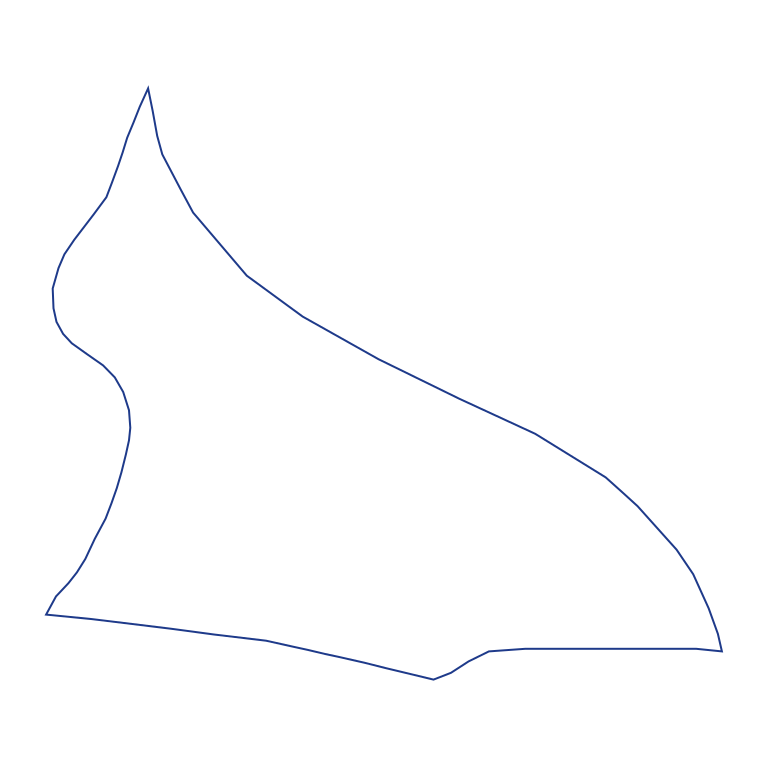 Itaparica, Brazil (Mercator projection)
{"feature_id": "56859067B29477790056969", "entity_name": "Itaparica", "entity_type": "district", "adm_level": 2, "iso_a3": "BRA", "parent_name": "Brazil", "parent_adm1": "", "projection": "mercator", "projection_center": [-38.672, -12.871], "detail": "fine", "context": "isolated", "style": "outline", "palette": "blue", "viewbox_px": 768, "rotation_deg": 0, "n_neighbors": 0, "source": "geoboundaries", "source_scale": "gbopen_adm2", "svg_char_len": 961}
<svg xmlns="http://www.w3.org/2000/svg" viewBox="0 0 768 768"><path d="M721.9,651.4L717.9,633.9L708.7,608.4L693.2,574.2L676.6,549.7L637.5,506.1L622.0,492.0L605.7,477.4L535.2,433.8L459.4,398.8L378.5,359.2L302.7,316.6L246.8,275.7L193.1,212.6L180.6,189.3L162.3,154.4L157.2,135.9L152.7,111.1L148.1,88.4L139.7,106.9L133.6,122.3L127.2,137.7L122.6,152.6L118.1,165.9L112.0,182.5L106.4,197.2L93.9,214.1L74.3,239.7L64.4,254.3L58.5,268.1L52.7,288.5L53.5,308.3L56.5,321.9L63.1,333.9L71.8,343.3L86.8,354.0L103.1,365.4L114.8,377.4L123.2,392.0L129.0,410.3L130.3,427.8L129.0,440.3L125.9,454.4L121.4,472.4L116.8,488.1L111.5,503.2L105.6,518.6L94.7,539.0L85.3,559.0L76.9,572.4L68.5,583.1L56.0,596.4L46.1,614.6L91.9,619.1L170.7,628.7L214.0,634.5L266.1,640.7L293.1,646.7L307.8,649.9L325.1,654.0L337.8,656.7L364.3,662.7L385.7,668.1L399.9,671.5L433.5,679.6L451.0,672.8L468.6,661.4L488.9,651.4L525.3,648.8L696.2,648.8L721.9,651.4Z" fill="none" stroke="#1e3a8a" stroke-width="2"/></svg>